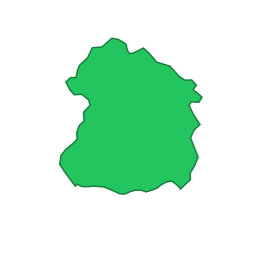 outline of Gimhae-si, South Gyeongsang, South Korea, rotated 133°
{"feature_id": "91817680B1708787718818", "entity_name": "Gimhae-si", "entity_type": "district", "adm_level": 2, "iso_a3": "KOR", "parent_name": "South Korea", "parent_adm1": "South Gyeongsang", "projection": "equal_earth", "projection_center": [128.865, 35.269], "detail": "fine", "context": "isolated", "style": "filled", "palette": "green", "viewbox_px": 256, "rotation_deg": 133, "n_neighbors": 0, "source": "geoboundaries", "source_scale": "gbopen_adm2", "svg_char_len": 1165}
<svg xmlns="http://www.w3.org/2000/svg" viewBox="0 0 256 256"><g transform="rotate(133 128 128)"><path d="M136.9,48.0L123.0,47.2L118.8,51.7L109.8,53.7L101.5,56.9L92.5,75.6L84.7,78.2L82.3,78.2L76.4,77.7L73.4,89.8L69.8,98.8L65.6,99.5L60.8,93.7L54.9,95.0L55.5,106.6L50.1,107.2L49.5,114.3L54.2,118.9L55.4,126.0L54.2,139.5L60.2,151.8L59.0,163.5L59.0,171.2L69.2,175.1L72.7,177.7L71.5,181.6L68.0,186.8L69.7,195.2L73.3,201.0L86.5,202.3L92.4,207.7L92.7,207.9L93.7,208.8L93.8,208.8L103.8,205.5L115.2,206.2L115.3,206.2L120.1,204.3L126.6,200.4L130.1,204.3L136.7,204.9L139.7,196.5L140.3,190.0L134.9,184.8L134.3,175.8L137.3,171.2L146.9,171.2L152.8,164.8L153.0,164.8L159.4,165.4L166.6,162.2L170.8,157.6L176.7,157.6L185.7,158.9L185.8,158.9L193.6,158.3L196.3,156.5L196.3,156.4L201.2,153.1L203.6,142.8L206.5,126.9L203.9,127.0L202.2,121.7L198.2,117.2L195.8,115.1L193.6,113.2L190.2,108.7L188.0,106.1L186.7,103.4L185.3,99.7L181.6,88.9L179.1,86.0L176.9,84.4L173.5,83.3L168.4,80.2L166.7,78.3L164.5,75.9L162.3,71.2L159.1,69.3L155.4,67.2L151.5,65.6L147.1,65.1L142.5,63.5L139.8,62.2L136.8,59.3L136.3,53.7L136.6,48.5L136.9,48.0Z" fill="#22c55e" stroke="#15803d" stroke-width="1.5"/></g></svg>